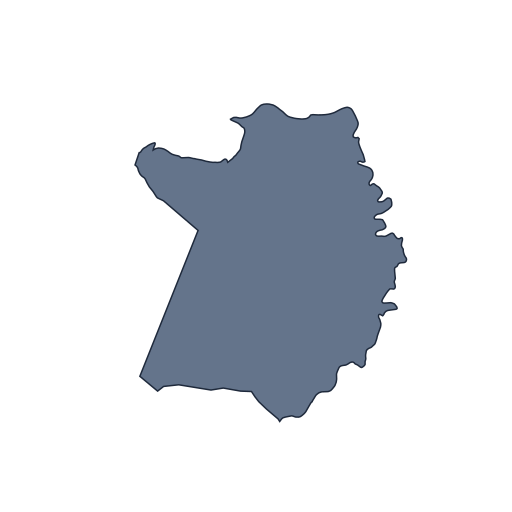 the district of Garrand, Dauphin, Saint Lucia, rotated 232°
{"feature_id": "8701671B13502438451250", "entity_name": "Garrand", "entity_type": "district", "adm_level": 2, "iso_a3": "LCA", "parent_name": "Saint Lucia", "parent_adm1": "Dauphin", "projection": "orthographic", "projection_center": [-60.933, 14.005], "detail": "fine", "context": "isolated", "style": "filled", "palette": "slate", "viewbox_px": 512, "rotation_deg": 232, "n_neighbors": 0, "source": "geoboundaries", "source_scale": "gbopen_adm2", "svg_char_len": 6157}
<svg xmlns="http://www.w3.org/2000/svg" viewBox="0 0 512 512"><g transform="rotate(232 256 256)"><path d="M409.4,227.6L402.2,216.7L400.4,217.1L398.9,217.1L397.9,216.9L395.9,216.0L394.9,215.7L392.2,215.1L390.8,215.1L389.5,215.2L388.6,215.4L386.4,216.1L385.5,216.1L384.8,216.1L380.9,215.2L376.1,214.5L370.2,214.6L364.1,214.0L362.5,214.1L356.5,217.1L311.8,226.1L232.7,90.4L210.1,95.3L210.1,102.9L202.1,115.8L178.1,138.0L172.1,148.9L159.0,160.7L152.0,169.0L145.5,168.5L139.5,168.5L129.0,170.0L114.0,173.1L111.0,172.8L111.8,175.7L111.9,176.9L111.9,177.3L111.8,177.9L110.9,180.2L108.1,185.7L107.0,186.6L105.7,187.4L104.6,188.2L102.9,190.3L102.5,191.1L102.1,192.2L102.0,193.9L102.1,196.4L102.3,197.8L102.7,199.5L103.7,201.9L104.4,203.6L106.3,208.3L106.6,209.5L106.6,210.6L106.9,210.8L107.0,211.1L109.2,216.9L109.5,218.2L109.5,221.1L109.0,222.8L108.4,224.3L104.8,229.3L104.5,230.1L104.2,231.2L104.0,232.1L104.1,232.8L104.3,234.4L105.0,237.4L105.3,238.3L105.6,238.9L107.2,241.5L108.3,242.7L109.4,243.8L113.1,246.5L113.8,247.2L114.4,248.1L115.3,249.6L116.9,252.6L117.2,253.5L117.1,255.0L116.9,255.7L116.4,256.8L114.8,259.6L114.6,260.4L114.3,261.9L114.1,264.6L113.4,266.3L112.8,267.0L112.0,267.4L111.4,267.6L109.9,267.7L107.7,268.9L104.1,269.9L103.3,270.4L103.1,270.7L102.9,271.5L102.9,273.5L103.1,274.5L103.5,275.3L105.6,276.9L106.8,278.6L107.6,279.4L109.6,280.7L110.7,281.6L113.5,284.7L113.6,285.0L113.6,285.5L113.9,285.9L113.7,288.4L113.3,289.6L113.1,290.8L113.3,293.0L113.4,294.9L113.5,295.4L114.1,296.6L115.9,299.4L116.7,300.5L118.2,302.3L120.1,305.2L123.3,310.3L124.8,311.9L126.1,312.9L129.7,314.4L131.4,314.7L132.2,314.9L132.7,315.2L133.6,315.9L134.0,316.4L134.1,317.0L133.7,317.8L130.9,319.0L130.9,319.3L131.0,319.7L131.4,321.0L132.0,322.0L132.2,322.9L132.4,324.3L132.3,324.9L132.0,326.2L131.2,327.7L128.7,332.0L127.9,333.4L127.7,334.0L127.7,334.5L127.8,334.9L128.9,335.5L129.7,335.6L132.4,335.6L133.2,335.5L133.9,335.1L135.2,334.3L136.3,333.4L138.2,330.5L139.9,328.1L140.7,327.3L141.2,327.1L142.3,327.1L142.7,327.2L143.1,327.6L143.9,329.0L144.5,330.3L146.5,335.9L147.2,338.5L147.6,340.6L147.6,341.3L147.4,341.6L146.5,342.8L145.2,344.1L145.0,345.0L145.3,346.0L146.1,346.9L147.5,347.7L149.9,348.7L150.5,349.0L151.2,349.8L152.0,351.2L152.6,352.0L158.6,355.8L160.6,357.3L161.2,358.1L161.3,358.9L161.0,360.6L161.3,361.5L162.1,363.2L162.1,364.2L161.9,365.0L161.6,365.7L160.3,367.7L159.7,368.6L159.4,369.4L159.3,370.0L159.4,370.8L159.7,371.4L160.3,372.2L160.9,372.7L161.9,373.1L163.8,373.2L165.8,373.6L168.1,374.5L169.2,375.1L170.6,376.1L171.2,376.3L172.8,376.4L174.5,376.9L174.9,377.2L176.5,378.7L178.5,381.3L179.4,382.0L179.8,382.2L180.3,382.3L180.6,382.2L181.1,381.7L181.2,380.1L181.5,379.4L182.1,378.7L182.6,378.3L183.3,378.0L184.5,377.9L187.0,377.9L188.6,378.1L189.5,377.8L190.1,377.5L190.7,376.4L191.6,371.0L192.1,369.7L193.1,368.5L194.4,367.2L196.1,364.8L197.2,363.7L197.5,363.5L198.1,363.3L199.1,363.4L199.5,363.5L199.8,363.8L200.5,364.8L200.7,365.5L200.8,366.5L200.6,367.8L199.9,369.7L199.0,371.5L198.6,373.2L198.5,374.2L198.6,375.3L198.9,376.0L199.4,376.6L200.6,377.1L202.6,377.6L206.0,378.0L206.7,378.0L208.1,376.8L208.6,376.3L210.9,373.4L211.6,372.6L212.3,372.4L213.0,372.5L213.7,373.0L214.0,373.5L214.3,374.9L214.3,376.5L214.0,377.7L212.5,380.6L212.1,382.0L211.8,383.8L211.4,388.9L211.6,391.8L211.9,393.3L212.4,394.1L212.9,394.6L214.3,395.7L215.2,396.2L217.2,397.1L217.7,397.3L219.4,396.7L220.3,395.9L220.8,395.1L220.8,394.7L220.7,390.7L220.8,390.0L220.9,389.5L221.4,388.3L222.5,386.7L223.2,385.9L223.5,385.7L223.9,385.7L224.3,385.8L225.0,386.1L225.3,386.7L225.7,387.8L226.0,390.3L226.4,391.5L227.6,393.9L228.0,394.4L228.5,394.7L229.2,395.0L230.0,395.1L233.7,395.3L235.4,394.9L237.2,394.2L240.0,393.5L240.4,393.3L240.7,392.8L241.0,392.1L241.1,391.1L241.0,389.7L241.5,389.3L242.5,389.2L243.0,389.4L243.5,389.7L244.3,390.5L244.8,391.8L245.2,393.7L245.7,395.1L246.3,396.2L247.4,397.6L247.9,398.1L249.6,399.3L250.3,399.6L252.3,400.1L253.6,400.1L255.3,399.7L257.7,398.4L260.6,396.4L265.6,393.4L266.6,393.5L266.9,393.7L267.2,394.0L267.4,394.7L266.9,396.0L266.5,396.5L266.2,396.7L265.0,397.3L264.3,397.8L263.6,398.9L263.4,400.0L265.1,400.9L269.9,402.9L273.6,403.8L277.6,404.9L280.2,405.8L281.2,406.2L282.7,407.0L284.9,409.5L286.7,409.3L287.2,408.1L287.9,407.1L289.0,406.4L290.0,406.0L290.7,406.4L291.3,406.8L291.9,407.6L293.0,409.7L294.2,413.3L295.1,415.1L295.9,416.3L296.6,417.2L297.2,417.8L298.2,418.5L299.8,419.1L305.2,420.5L310.2,421.4L311.5,421.6L313.1,421.6L314.2,421.3L315.8,420.5L316.9,419.6L317.5,418.7L318.3,416.9L319.1,414.6L319.7,412.1L320.6,406.9L321.0,405.4L322.1,402.5L323.2,400.2L324.8,397.5L326.8,394.6L329.0,391.7L332.4,387.8L333.1,386.5L333.4,385.8L333.1,384.8L332.8,383.3L332.8,382.8L333.1,380.8L333.7,379.5L335.1,377.3L336.0,376.1L339.2,372.7L340.9,371.1L344.5,368.3L346.2,367.3L346.9,367.0L349.0,366.5L353.3,365.9L356.9,364.9L359.3,364.4L362.6,363.3L364.5,362.4L367.6,359.9L369.1,358.2L370.8,355.6L371.3,354.3L371.7,353.1L371.8,352.0L371.4,347.8L371.2,346.5L370.4,343.0L370.1,340.9L370.1,339.6L370.4,337.7L371.4,334.2L372.2,332.4L373.2,330.2L373.6,329.6L374.6,328.2L377.4,325.8L378.8,323.9L379.1,322.7L379.5,320.1L379.0,320.0L377.6,320.6L372.5,323.3L371.6,323.7L370.0,324.1L366.7,324.5L364.7,325.2L364.1,325.3L363.3,325.1L362.2,324.6L360.7,323.6L359.6,322.4L358.2,320.4L354.8,315.2L352.5,312.4L350.2,310.0L349.8,309.4L349.5,308.8L349.0,307.0L348.6,305.0L347.8,302.1L347.8,300.3L347.7,299.5L347.2,297.6L347.2,291.4L349.4,292.1L350.1,292.0L350.7,291.9L351.3,291.4L351.5,291.2L351.8,289.9L351.8,286.6L351.9,285.9L352.1,285.4L353.5,283.1L355.0,281.5L356.3,279.7L358.3,277.7L359.8,276.4L361.5,274.9L365.2,272.2L368.7,269.0L369.8,268.1L370.5,267.6L371.4,266.6L374.2,264.4L375.3,263.3L378.9,258.2L379.5,257.6L380.1,257.3L381.6,257.0L383.0,256.2L384.7,254.7L386.5,253.4L388.1,252.4L390.0,251.7L392.7,251.0L395.0,250.2L397.0,249.3L398.9,247.9L401.1,245.7L402.4,243.0L402.8,240.2L404.8,242.8L405.5,244.3L406.2,245.3L406.9,245.9L407.2,245.9L407.5,245.9L407.8,245.4L408.5,243.7L409.1,241.6L409.5,239.3L409.6,236.5L410.0,234.1L410.0,233.2L409.8,231.7L409.0,229.2L409.0,228.3L409.4,227.6Z" fill="#64748b" stroke="#1e293b" stroke-width="1.5"/></g></svg>